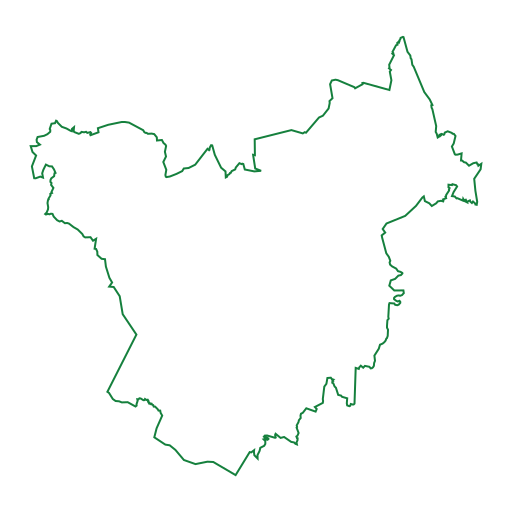 the district of Taxco de Alarcón, Guerrero, Mexico
{"feature_id": "50627088B64619334383932", "entity_name": "Taxco de Alarcón", "entity_type": "district", "adm_level": 2, "iso_a3": "MEX", "parent_name": "Mexico", "parent_adm1": "Guerrero", "projection": "mercator", "projection_center": [-99.586, 18.522], "detail": "fine", "context": "isolated", "style": "outline", "palette": "green", "viewbox_px": 512, "rotation_deg": 0, "n_neighbors": 0, "source": "geoboundaries", "source_scale": "gbopen_adm2", "svg_char_len": 5992}
<svg xmlns="http://www.w3.org/2000/svg" viewBox="0 0 512 512"><path d="M195.5,464.1L207.4,461.7L213.3,462.0L235.6,475.1L249.7,452.1L251.2,452.4L254.1,450.2L253.9,452.0L254.4,455.3L257.6,458.5L257.5,455.1L259.6,450.9L260.3,447.8L264.2,445.8L265.3,443.9L265.3,441.0L263.6,439.3L265.1,438.9L267.4,439.8L268.4,439.1L268.4,438.6L267.4,437.8L264.5,437.2L263.9,436.7L264.8,435.6L267.1,435.5L275.1,437.8L275.7,437.5L275.1,435.0L275.6,433.8L280.6,437.9L284.1,437.0L291.2,441.9L294.0,442.4L295.4,443.8L296.9,444.4L296.5,442.4L297.5,440.3L297.6,438.3L297.0,438.2L296.4,436.5L297.4,435.8L298.6,433.0L296.6,427.6L297.1,427.0L296.7,425.4L298.5,422.1L298.9,420.2L300.7,418.0L300.5,415.5L301.0,413.7L302.8,412.8L306.3,408.3L315.6,411.6L316.7,409.0L314.9,407.0L322.8,402.9L323.1,401.0L322.8,399.1L324.3,386.6L326.4,383.8L327.4,378.0L330.8,377.7L331.9,379.1L333.1,379.5L332.3,380.0L333.2,381.0L332.3,381.8L332.3,382.8L333.3,383.3L334.6,386.5L335.9,387.7L338.2,394.9L341.1,395.6L342.0,396.8L347.2,398.3L346.8,403.3L347.2,405.4L349.4,406.2L350.2,405.8L350.8,404.0L353.0,404.6L353.9,404.3L354.5,403.6L355.7,367.9L358.8,368.9L359.2,367.5L360.8,365.7L363.2,367.7L364.9,365.9L369.4,366.8L370.7,368.4L371.9,368.2L373.0,367.3L373.9,365.8L374.1,363.1L375.0,360.8L374.4,355.6L378.8,348.7L380.0,344.7L382.6,343.6L384.3,342.2L385.6,340.6L386.3,338.6L386.9,338.2L387.7,335.9L388.0,329.7L387.0,327.7L387.0,326.0L387.4,320.2L388.7,318.7L388.3,316.9L389.0,304.5L389.5,303.1L394.3,303.5L395.0,304.7L396.0,305.0L397.5,305.2L398.9,304.5L400.3,302.8L400.2,301.6L399.4,300.8L397.9,301.5L396.2,300.8L394.1,299.2L394.0,298.1L394.8,297.0L397.0,295.7L399.0,295.4L400.0,295.8L402.0,295.1L403.8,293.1L403.4,290.4L394.3,290.5L389.3,285.7L390.8,280.4L395.1,278.9L398.4,275.6L400.9,275.1L402.4,273.5L402.3,272.9L400.4,271.8L398.0,271.2L396.2,268.6L392.1,266.4L390.1,264.6L389.6,262.4L390.3,260.8L388.8,256.8L386.3,253.3L382.2,237.9L381.7,235.4L385.2,232.6L382.7,229.0L386.5,223.5L405.2,215.9L416.0,205.9L422.3,197.6L423.8,196.4L424.9,201.1L429.3,203.3L431.8,206.0L436.2,203.3L437.8,201.4L441.0,200.8L443.2,201.4L443.5,200.2L443.1,199.4L446.1,198.2L445.5,196.6L446.0,196.4L446.2,194.9L449.1,190.5L448.9,189.8L449.6,188.1L448.5,187.4L448.5,184.7L452.0,185.1L452.4,184.2L456.1,185.2L457.1,186.5L453.6,192.1L452.0,196.1L454.8,196.5L456.5,198.4L457.4,198.2L462.9,200.6L463.2,198.9L464.0,200.3L465.8,199.7L466.1,200.5L465.2,201.4L467.4,202.5L467.3,201.6L469.9,200.4L470.3,201.6L471.9,203.0L473.0,201.5L475.3,203.6L475.4,204.5L476.7,204.8L477.2,201.8L475.4,190.8L474.2,178.8L480.6,169.3L481.3,163.8L478.4,165.7L478.1,164.4L477.5,164.4L476.6,162.5L473.3,163.2L469.0,165.7L465.9,162.6L464.0,162.2L462.2,160.6L461.0,160.5L461.6,153.4L457.6,154.6L455.4,154.7L454.8,154.2L451.9,146.5L453.7,143.5L455.5,136.0L453.9,133.9L452.5,133.7L451.8,132.9L447.7,131.3L444.8,132.6L444.2,134.5L443.6,134.8L441.7,133.9L440.8,134.2L441.0,135.3L440.3,135.9L439.9,134.9L439.4,134.9L438.8,136.8L437.7,137.5L436.7,133.7L435.7,131.9L436.2,126.1L432.4,109.3L431.6,107.7L431.3,105.3L432.4,105.0L429.7,99.4L424.3,92.1L413.7,66.7L412.3,64.8L411.5,59.3L410.7,58.3L410.3,55.5L407.5,51.8L403.5,37.1L402.9,36.9L400.6,37.9L400.1,39.6L399.3,40.5L399.5,41.2L398.9,42.6L398.2,42.1L397.2,43.0L397.5,44.7L396.0,45.3L392.5,51.9L393.3,53.1L392.4,53.7L394.0,55.2L389.2,64.7L389.5,67.7L389.0,68.3L391.0,70.0L389.8,71.6L391.4,80.3L389.4,90.0L363.4,82.8L362.4,83.0L362.6,84.2L355.1,88.3L354.4,87.2L337.9,80.2L335.5,79.7L331.8,80.5L330.1,84.2L332.5,98.2L329.5,101.1L329.7,103.0L328.6,108.5L322.9,115.7L319.0,117.5L306.0,132.7L304.7,132.2L302.8,133.4L291.4,130.1L254.7,139.3L254.9,155.2L253.1,154.8L255.2,168.5L261.1,170.8L254.3,171.4L244.8,169.5L243.3,164.0L242.3,163.7L241.6,164.1L239.4,163.2L235.8,167.5L235.2,169.4L231.7,171.1L230.7,172.9L230.0,173.0L229.4,174.1L227.5,175.2L227.1,176.7L225.8,177.4L225.5,171.4L221.1,167.7L214.8,154.8L212.2,145.4L211.1,145.2L209.7,147.7L209.5,149.8L209.1,150.2L207.5,148.8L195.2,164.7L188.6,168.0L183.8,168.5L182.2,171.1L176.5,173.9L169.9,176.5L166.4,177.1L165.8,176.7L165.4,175.0L166.3,169.8L163.3,162.0L166.0,156.5L164.9,151.8L166.1,146.0L165.5,144.7L163.5,143.0L161.9,140.0L157.0,140.5L156.8,137.3L154.2,134.1L151.6,133.6L147.9,133.8L146.6,132.9L145.5,132.9L144.3,132.1L143.2,130.2L129.0,122.6L124.9,122.0L121.7,122.0L108.2,124.8L97.9,128.2L98.5,132.3L90.5,135.2L90.2,134.5L91.1,132.9L90.4,132.1L87.3,132.9L86.1,131.8L84.1,132.3L81.5,131.9L80.5,133.1L78.8,133.8L74.4,132.1L73.9,131.6L73.7,130.4L74.0,127.2L72.0,128.9L71.8,131.2L70.6,130.8L66.5,128.5L61.8,126.8L57.9,122.9L56.9,121.1L56.1,120.7L55.0,123.2L51.5,123.7L49.7,129.0L50.3,130.0L50.2,131.8L47.4,134.2L44.1,135.8L37.6,137.0L36.6,139.7L36.9,142.1L39.9,144.6L36.3,146.1L30.7,146.1L32.5,152.0L36.1,155.5L31.9,166.4L34.2,178.2L35.6,178.3L40.3,176.6L43.0,177.6L42.2,173.3L43.3,169.9L45.9,164.6L49.3,166.3L52.0,166.4L54.0,169.4L55.5,172.9L54.5,173.3L54.1,176.2L51.3,178.3L50.5,180.0L50.4,181.9L51.5,183.0L51.1,184.9L53.4,187.9L51.4,192.2L52.0,193.0L50.3,193.9L50.5,195.4L48.5,198.7L48.7,199.4L48.0,200.0L47.5,203.1L48.2,207.2L48.0,209.4L46.6,212.6L45.2,214.0L45.9,214.5L48.0,213.9L49.4,214.3L50.9,213.7L52.5,213.9L53.7,216.6L57.1,220.2L59.6,221.5L61.8,220.8L64.9,223.2L67.2,223.0L69.0,223.6L73.5,227.1L77.7,229.5L82.3,234.0L83.6,236.4L85.2,237.4L90.5,237.2L93.0,240.7L96.1,238.8L94.6,248.7L96.1,249.0L97.3,251.7L97.4,255.0L101.6,258.8L105.0,259.2L105.9,266.6L109.4,277.8L112.1,282.5L109.2,286.6L113.7,287.0L119.7,296.2L122.7,314.2L136.4,334.6L107.4,391.8L109.0,392.9L112.8,399.0L115.6,401.0L119.1,401.3L121.8,402.4L127.7,402.2L135.5,406.5L136.6,405.6L136.5,404.3L137.6,400.8L137.3,399.2L138.5,399.3L139.4,398.3L140.7,398.5L143.4,400.2L144.5,400.1L145.0,399.0L146.5,400.0L147.7,399.7L148.4,400.8L148.0,401.6L149.1,403.4L149.5,402.8L150.8,404.1L151.6,403.7L152.3,404.8L153.2,405.1L153.7,406.6L155.1,406.6L157.7,409.2L158.5,410.6L160.2,410.6L160.6,412.8L162.2,415.6L156.6,428.3L154.3,437.3L165.3,444.6L169.7,445.3L175.4,449.9L183.9,460.0L195.5,464.1Z" fill="none" stroke="#15803d" stroke-width="2"/></svg>